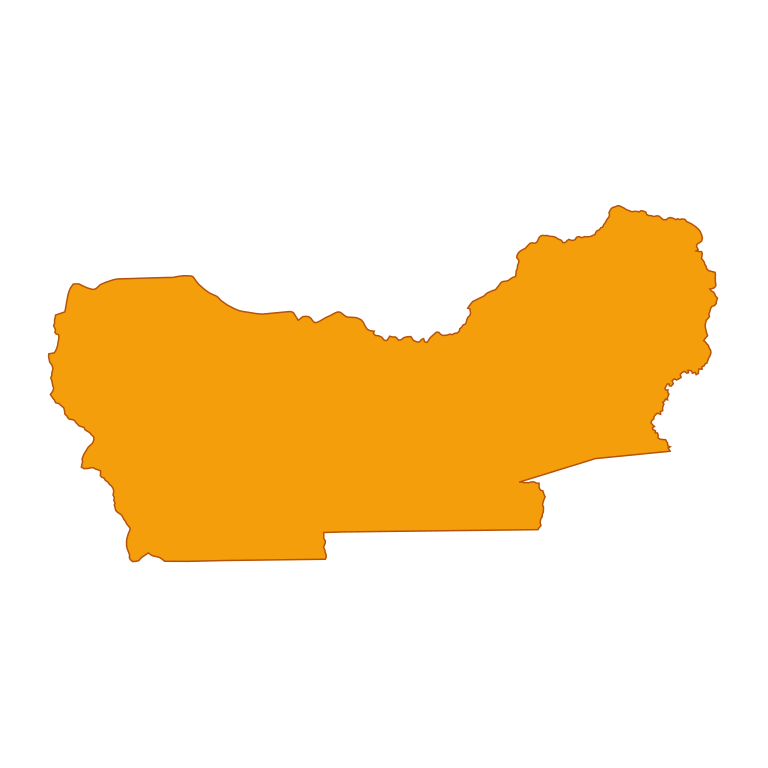 Likuyani, Western, Kenya (orthographic projection), rotated 89°
{"feature_id": "3690345B37507144009314", "entity_name": "Likuyani", "entity_type": "district", "adm_level": 2, "iso_a3": "KEN", "parent_name": "Kenya", "parent_adm1": "Western", "projection": "orthographic", "projection_center": [35.073, 0.767], "detail": "fine", "context": "isolated", "style": "filled", "palette": "amber", "viewbox_px": 768, "rotation_deg": 89, "n_neighbors": 0, "source": "geoboundaries", "source_scale": "gbopen_adm2", "svg_char_len": 6065}
<svg xmlns="http://www.w3.org/2000/svg" viewBox="0 0 768 768"><g transform="rotate(89 384 384)"><path d="M223.9,87.5L224.8,89.3L223.4,91.8L222.5,95.0L223.3,97.4L224.7,98.8L224.5,102.1L220.9,106.2L220.6,108.3L221.3,111.3L220.3,114.0L220.2,116.4L219.1,118.4L216.7,119.2L215.7,121.5L215.2,124.0L216.4,126.0L215.8,128.3L215.7,130.6L216.1,133.0L213.9,138.7L212.3,140.9L211.3,143.0L210.1,145.1L209.8,147.1L210.8,149.7L211.6,152.5L212.9,154.0L216.6,156.1L218.9,155.6L221.2,156.3L222.9,157.9L226.7,160.1L228.6,161.6L230.7,162.5L231.7,164.6L233.5,166.0L234.7,168.6L236.4,169.8L238.2,170.4L239.0,172.5L240.2,175.2L240.4,178.3L240.1,181.0L241.2,183.5L240.0,186.5L240.6,188.9L242.7,190.2L243.7,191.9L243.6,194.3L242.6,196.6L243.9,198.5L245.5,199.9L245.9,202.5L243.4,204.2L242.0,207.4L240.0,210.4L239.4,213.1L239.1,216.3L238.3,218.3L238.5,220.4L238.1,222.6L238.7,224.8L240.0,226.2L244.9,228.7L245.9,230.6L245.5,233.3L245.7,235.3L248.9,238.7L250.6,240.0L253.2,245.1L255.2,247.3L257.8,248.8L260.1,249.1L262.3,247.2L265.1,247.2L267.8,248.4L270.8,248.7L273.4,249.9L276.7,250.2L278.9,250.6L279.7,253.5L281.1,255.8L282.5,257.6L283.3,259.9L283.4,261.9L283.8,264.1L285.0,265.6L287.1,267.1L291.7,270.9L292.4,273.5L294.4,278.4L295.6,280.3L297.7,282.4L303.1,293.9L305.2,295.7L309.6,299.0L310.5,296.8L314.9,296.2L317.1,297.1L318.8,299.0L321.2,300.1L323.8,300.7L325.5,301.6L326.3,303.9L328.6,305.4L330.1,307.3L332.3,307.7L334.3,309.8L334.6,312.7L335.9,315.0L335.2,317.2L336.2,319.9L336.5,324.6L334.9,326.9L333.3,328.3L333.1,330.7L338.1,336.6L339.8,337.9L341.6,339.0L343.2,340.4L342.4,342.7L339.3,343.6L340.2,345.8L342.3,347.6L342.8,349.5L341.0,353.8L337.1,356.3L337.1,359.7L338.0,363.4L340.2,366.3L340.3,369.0L338.3,370.4L337.1,372.0L337.2,374.7L336.3,377.4L340.4,380.2L340.6,382.0L339.6,383.6L337.3,385.2L335.7,388.4L335.3,391.9L333.1,393.8L331.0,392.8L330.5,396.9L328.9,399.8L326.2,401.6L321.6,403.8L319.3,405.9L317.6,409.4L317.0,411.8L316.5,419.2L315.8,421.0L311.6,426.3L311.1,428.9L312.2,431.9L314.5,436.2L316.4,440.7L320.3,447.7L321.3,450.0L321.3,452.4L319.8,454.0L316.7,456.2L315.3,458.3L315.0,461.3L315.2,463.8L316.4,465.6L317.7,467.1L318.7,468.7L311.1,473.3L310.2,475.1L309.9,477.0L312.0,504.6L311.3,510.9L308.9,524.5L308.2,527.4L306.2,532.1L302.1,539.6L297.6,545.6L293.9,549.0L292.8,550.8L291.3,554.2L289.7,557.3L286.4,561.7L281.3,567.3L279.0,569.2L274.8,572.1L273.3,573.3L272.6,575.3L272.2,582.0L272.8,587.9L273.7,593.0L273.8,596.0L273.7,600.4L274.3,648.3L274.6,650.5L275.1,652.9L277.4,660.4L279.7,665.9L283.4,670.0L284.3,672.1L284.2,674.5L282.8,678.7L281.6,681.5L278.6,687.3L278.6,692.9L282.5,695.8L286.5,697.6L290.6,698.7L306.3,701.8L309.4,711.3L311.6,711.5L313.9,712.3L317.3,712.3L320.0,713.3L324.1,711.5L326.7,712.2L328.2,710.9L328.9,708.6L331.5,708.3L333.5,708.5L340.6,709.9L343.0,710.8L345.2,711.8L347.1,713.2L348.0,718.6L350.6,718.9L356.2,717.9L359.5,715.6L362.5,714.8L365.2,715.3L367.2,716.0L369.4,715.9L372.1,717.1L374.9,716.1L379.7,715.2L382.5,714.4L384.9,715.1L386.7,716.2L388.7,717.8L392.5,715.3L394.3,713.8L396.9,712.7L398.0,709.3L400.6,706.5L402.1,704.7L404.5,704.0L408.5,703.6L410.5,701.6L412.3,700.7L413.6,699.4L414.5,694.8L416.0,693.4L417.8,692.2L420.7,689.4L422.1,684.8L424.4,683.8L426.0,681.6L427.4,679.2L429.8,677.3L431.9,675.1L434.6,675.1L436.8,675.8L438.5,676.9L442.0,680.8L448.9,685.3L453.9,687.2L456.2,686.7L461.8,688.1L463.4,685.4L463.3,681.4L462.7,678.7L462.6,676.3L463.9,674.2L464.8,671.5L465.8,669.0L468.4,668.9L470.6,669.3L472.3,667.8L473.2,665.5L475.5,664.3L477.2,661.8L479.6,660.2L481.4,658.1L483.9,656.6L487.0,656.1L490.1,656.9L493.0,655.6L495.6,656.3L498.3,654.9L500.1,655.8L505.7,654.4L507.4,652.9L510.3,648.9L512.5,647.5L514.6,646.6L516.9,644.9L519.4,643.7L523.8,640.3L526.1,640.8L527.9,641.7L530.3,642.6L534.6,643.9L537.2,644.2L539.8,644.2L541.9,644.1L544.3,643.6L550.2,641.4L553.2,641.6L555.3,640.6L557.1,638.6L557.1,635.9L556.4,632.4L553.4,629.6L548.8,622.6L550.6,620.3L551.8,618.1L553.0,613.0L553.8,611.0L555.1,609.2L557.4,606.4L557.9,583.8L557.7,545.0L558.2,445.7L556.3,444.8L553.6,444.9L551.1,445.8L548.8,446.1L546.2,447.3L542.2,445.6L539.9,445.4L537.2,447.0L534.5,446.8L531.4,446.9L531.2,426.7L532.3,232.6L530.3,231.3L528.1,229.5L525.5,230.3L523.3,230.0L521.2,229.4L519.5,228.1L517.5,228.1L514.9,227.0L511.8,226.7L509.5,226.7L507.8,227.6L505.8,227.2L503.2,226.4L499.5,224.9L496.9,226.1L493.6,227.0L492.9,229.3L491.1,230.5L488.5,230.8L486.0,230.6L485.7,233.6L484.5,235.6L484.4,238.1L485.2,240.9L485.1,245.6L484.5,247.8L484.5,250.6L463.4,177.8L462.3,174.3L456.2,99.1L452.8,101.0L451.8,99.0L450.8,101.3L448.4,101.4L444.6,103.4L444.1,108.9L442.5,111.0L439.8,110.7L437.7,111.6L437.6,113.6L435.5,113.4L434.3,116.0L432.4,116.3L431.2,114.3L429.6,116.1L427.6,117.7L425.0,116.8L423.8,114.9L421.7,114.7L419.9,113.5L418.0,111.4L419.1,108.0L416.3,108.0L415.5,105.8L413.2,105.9L411.3,105.5L408.9,104.5L407.1,105.6L405.8,103.6L404.0,103.0L404.8,100.7L402.9,101.0L399.1,99.3L397.2,100.6L394.9,100.1L395.0,102.3L393.2,103.2L389.0,100.8L388.9,98.9L390.8,98.8L391.1,96.8L388.8,94.7L386.0,95.9L383.9,93.8L385.1,91.4L384.0,89.1L382.6,86.8L379.6,87.7L377.6,85.5L376.6,83.4L378.4,81.2L378.1,79.3L375.7,79.9L375.8,78.0L376.5,76.2L378.6,75.4L377.8,72.8L380.1,71.7L378.9,69.5L376.7,69.3L374.4,68.8L374.8,65.7L372.5,65.8L371.2,63.4L369.5,62.6L368.7,60.8L366.2,59.9L363.6,58.8L361.1,57.4L358.7,56.6L356.1,56.8L353.4,58.3L351.1,59.0L349.2,60.8L347.5,62.0L346.4,63.6L344.2,62.2L341.4,59.6L338.4,60.6L333.1,61.7L330.2,61.8L327.8,61.2L325.9,60.6L322.4,57.4L319.7,58.0L317.9,57.2L313.4,55.8L311.9,54.4L311.4,52.2L309.5,50.5L307.2,50.2L303.9,49.1L301.9,51.0L299.5,51.8L297.9,52.9L296.4,55.3L294.7,56.6L294.3,54.3L293.6,52.1L291.7,50.6L289.6,50.5L287.7,50.9L285.7,50.9L282.7,50.9L280.4,50.7L278.1,51.1L276.3,57.6L274.2,59.4L271.8,59.9L270.1,61.2L268.2,61.5L266.3,62.5L264.2,64.3L259.1,63.5L257.2,64.2L257.1,66.3L256.4,69.6L255.2,67.5L251.7,69.2L249.5,68.4L248.2,66.0L246.5,63.8L243.5,63.1L241.1,63.6L237.0,65.2L235.1,66.6L232.3,69.4L229.6,73.3L227.9,76.3L226.9,78.6L224.6,80.3L224.2,83.3L224.7,85.5L223.9,87.5Z" fill="#f59e0b" stroke="#b45309" stroke-width="1.5"/></g></svg>